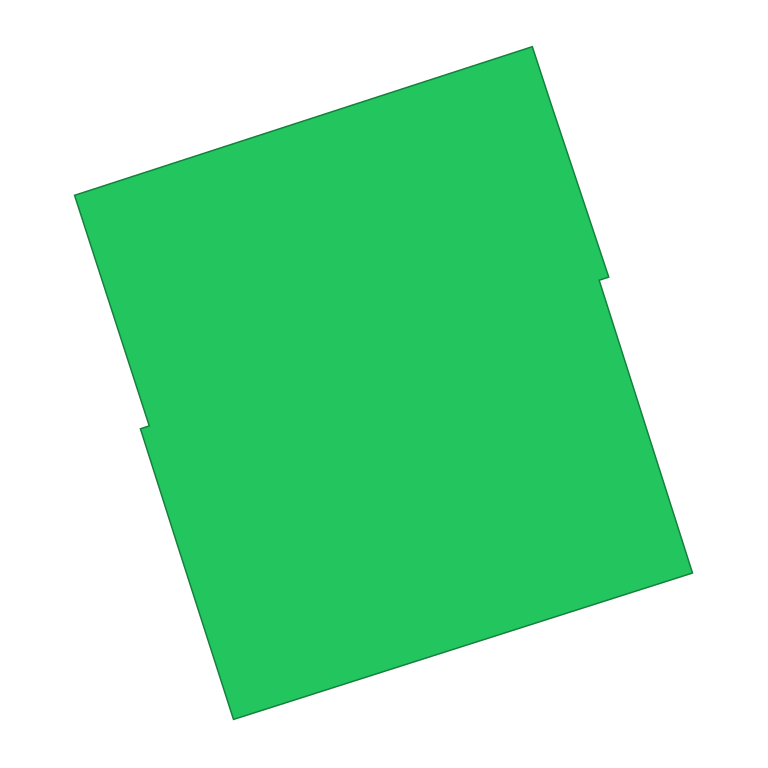 outline of Coffey, Kansas, United States of America, rotated 342°
{"feature_id": "52423323B11370315418509", "entity_name": "Coffey", "entity_type": "district", "adm_level": 2, "iso_a3": "USA", "parent_name": "United States of America", "parent_adm1": "Kansas", "projection": "albers", "projection_center": [-95.754, 38.236], "detail": "fine", "context": "isolated", "style": "filled", "palette": "green", "viewbox_px": 768, "rotation_deg": 342, "n_neighbors": 0, "source": "geoboundaries", "source_scale": "gbopen_adm2", "svg_char_len": 303}
<svg xmlns="http://www.w3.org/2000/svg" viewBox="0 0 768 768"><g transform="rotate(342 384 384)"><path d="M137.8,474.7L137.2,656.5L619.0,659.1L620.7,351.8L630.8,351.8L629.4,169.7L629.3,109.0L148.0,108.9L147.8,351.3L138.5,351.3L137.8,474.7Z" fill="#22c55e" stroke="#15803d" stroke-width="1.5"/></g></svg>